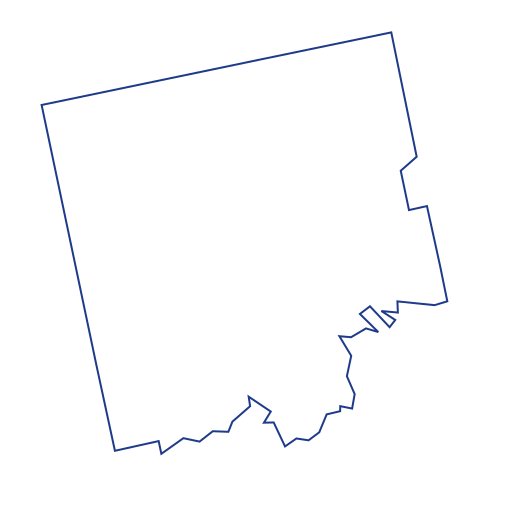 the district of Caldwell, Louisiana, United States of America, rotated 78°
{"feature_id": "52423323B84817986944382", "entity_name": "Caldwell", "entity_type": "district", "adm_level": 2, "iso_a3": "USA", "parent_name": "United States of America", "parent_adm1": "Louisiana", "projection": "orthographic", "projection_center": [-91.986, 32.102], "detail": "fine", "context": "isolated", "style": "outline", "palette": "blue", "viewbox_px": 512, "rotation_deg": 78, "n_neighbors": 0, "source": "geoboundaries", "source_scale": "gbopen_adm2", "svg_char_len": 717}
<svg xmlns="http://www.w3.org/2000/svg" viewBox="0 0 512 512"><g transform="rotate(78 256 256)"><path d="M64.7,211.1L63.7,434.3L329.7,434.8L417.2,434.5L416.8,389.7L429.8,389.7L419.1,364.9L425.8,349.8L418.4,334.7L422.2,319.6L413.1,313.5L401.7,293.0L392.1,292.4L411.2,273.9L420.7,282.9L422.5,273.3L448.3,267.2L442.9,254.4L447.2,242.9L441.6,230.8L425.6,219.8L425.3,206.0L420.4,204.8L425.2,193.7L411.6,188.2L392.5,192.1L373.4,183.6L351.8,191.1L355.2,179.9L349.7,163.5L355.8,152.2L334.3,166.4L328.9,155.0L353.4,140.1L347.5,133.1L335.9,144.8L340.8,129.0L329.8,127.1L341.2,91.6L340.1,78.3L304.8,78.0L242.7,78.4L242.9,96.8L202.7,96.7L192.3,78.2L65.4,77.2L64.7,211.1Z" fill="none" stroke="#1e3a8a" stroke-width="2"/></g></svg>